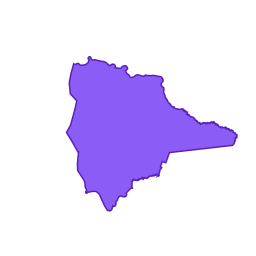 Nanton, Northern, Ghana, rotated 317°
{"feature_id": "2480657B96271436146347", "entity_name": "Nanton", "entity_type": "district", "adm_level": 2, "iso_a3": "GHA", "parent_name": "Ghana", "parent_adm1": "Northern", "projection": "albers", "projection_center": [-0.633, 9.559], "detail": "fine", "context": "isolated", "style": "filled", "palette": "violet", "viewbox_px": 256, "rotation_deg": 317, "n_neighbors": 0, "source": "geoboundaries", "source_scale": "gbopen_adm2", "svg_char_len": 5961}
<svg xmlns="http://www.w3.org/2000/svg" viewBox="0 0 256 256"><g transform="rotate(317 128 128)"><path d="M175.8,145.9L175.7,145.1L176.1,144.3L175.8,144.1L175.4,144.2L175.3,143.6L175.4,143.4L174.9,143.3L174.8,143.1L174.9,141.9L174.8,141.4L174.6,141.1L174.9,140.6L175.0,140.3L174.9,140.1L175.1,139.7L174.9,139.5L175.2,139.1L174.9,137.6L175.1,136.9L175.0,136.3L175.2,135.4L175.5,135.2L175.9,134.3L175.7,133.1L176.2,132.1L176.0,131.6L176.0,131.1L177.4,129.1L177.6,127.8L178.5,126.0L180.9,124.0L181.0,123.6L181.5,123.1L181.6,122.4L181.2,121.7L181.4,121.1L181.2,120.1L181.7,119.5L181.6,118.9L182.9,118.0L183.3,117.9L183.9,118.0L184.6,117.7L185.4,117.8L185.6,117.3L186.3,116.9L186.2,116.5L186.6,116.4L186.9,115.8L186.8,114.9L187.3,114.0L187.2,113.5L186.4,112.1L183.3,107.9L182.1,106.5L179.5,104.5L179.0,103.6L178.0,103.1L177.3,101.5L176.5,101.7L176.2,101.1L175.4,101.2L175.0,100.6L174.4,100.6L174.1,100.5L172.8,97.8L171.2,95.5L169.6,94.7L167.5,94.7L166.3,94.2L164.5,92.9L164.2,91.9L164.7,90.7L164.8,89.8L164.4,87.7L164.4,87.0L164.8,85.2L165.2,84.4L166.6,84.6L167.8,84.5L168.3,84.2L168.6,83.7L168.9,82.7L168.9,81.8L168.8,81.1L168.2,80.2L166.7,79.4L164.9,79.2L163.5,79.6L159.7,75.3L160.3,75.0L160.9,74.3L161.2,73.4L161.3,72.3L160.9,71.4L159.9,70.5L158.8,70.2L157.2,70.2L156.8,68.2L156.6,65.1L156.4,64.4L155.3,62.5L154.2,61.1L153.8,60.9L153.5,60.5L152.6,58.9L152.1,58.5L151.1,56.5L150.4,55.5L149.2,55.0L148.4,53.9L148.0,52.5L148.8,51.5L149.0,51.1L148.8,50.0L148.5,49.6L147.9,49.4L147.4,49.3L146.7,49.6L146.0,50.3L145.9,50.7L146.0,51.5L143.5,53.0L140.6,52.8L139.9,52.6L138.9,51.9L138.3,51.7L137.7,51.0L137.0,50.8L136.1,49.6L135.9,48.8L135.9,48.0L135.7,47.6L135.8,47.1L135.6,46.7L135.1,46.4L132.8,45.5L132.2,44.7L132.1,44.0L123.3,49.4L115.8,54.9L109.1,63.7L109.1,73.2L102.3,77.9L88.0,86.7L79.9,89.4L77.9,99.6L75.0,111.4L75.5,111.8L67.0,119.3L62.2,124.7L60.2,136.3L59.1,138.8L56.3,142.2L55.8,144.2L55.3,145.3L53.8,145.8L53.1,146.2L52.9,147.1L53.2,147.5L53.5,147.6L54.6,147.2L55.4,148.0L56.7,148.9L58.7,150.0L61.2,152.4L61.6,153.3L61.6,154.7L61.9,156.0L61.6,158.0L60.0,162.0L59.0,165.6L57.8,168.7L56.8,174.4L57.2,174.6L57.5,175.2L57.8,175.4L57.8,175.9L59.0,176.6L60.8,176.5L63.7,174.6L63.8,175.3L64.5,175.9L65.5,176.2L66.3,176.0L67.9,175.0L68.5,173.7L70.9,173.6L73.2,172.3L73.9,172.2L75.4,172.3L76.7,172.9L77.1,174.5L78.7,176.1L79.9,176.5L81.5,176.0L82.4,174.3L88.7,174.0L90.3,175.0L91.1,172.9L92.2,172.4L93.0,171.3L93.3,171.2L93.9,170.2L94.5,169.9L94.5,169.7L94.9,170.0L95.2,169.9L95.5,170.1L96.1,169.8L96.1,169.5L96.4,169.2L96.7,169.3L96.8,169.6L97.1,169.8L97.3,169.7L97.6,170.0L97.9,170.4L97.4,171.0L98.1,171.8L98.6,172.0L98.8,172.6L99.8,172.8L99.9,172.5L100.2,172.6L100.5,173.1L100.1,173.2L100.0,173.3L100.5,173.6L101.1,173.5L101.5,172.9L101.8,173.6L102.9,173.9L103.2,174.3L103.4,174.3L103.4,174.0L103.9,174.0L104.0,174.2L104.3,174.1L104.0,174.6L104.0,175.2L104.4,175.0L105.2,175.0L105.4,175.1L105.2,175.5L105.6,175.3L106.0,175.5L106.2,175.9L106.0,176.1L106.3,176.3L106.8,176.3L107.0,176.5L107.0,177.1L107.3,177.7L108.9,178.0L109.1,177.6L109.5,177.7L110.0,177.6L110.7,178.2L111.3,177.9L111.5,178.4L112.0,178.7L112.1,179.0L112.8,179.6L113.3,179.7L113.6,179.3L113.9,179.5L114.0,179.7L114.3,180.0L114.8,180.0L114.9,180.3L114.4,180.7L114.7,180.9L114.9,180.8L115.6,181.0L115.8,181.2L117.0,180.9L117.6,181.3L116.9,181.9L116.9,182.9L117.2,182.8L117.5,183.4L116.8,183.5L117.5,183.8L117.5,184.0L117.2,184.2L118.7,183.7L119.6,182.5L120.3,182.0L121.0,181.8L121.9,181.0L122.8,180.5L124.9,180.2L125.8,179.9L125.3,178.4L130.2,175.9L132.0,179.2L141.5,174.2L192.7,212.0L194.2,211.9L196.7,211.0L197.0,210.2L197.6,210.3L197.8,209.9L198.3,210.0L198.4,209.5L199.1,209.3L199.7,208.4L200.3,208.7L200.3,209.0L200.6,209.3L201.0,208.9L201.5,208.9L201.8,208.3L202.9,207.5L203.1,206.9L202.6,206.3L202.4,205.7L202.5,205.4L202.9,205.1L202.8,203.9L202.1,203.1L202.0,202.7L202.5,202.3L202.8,201.8L202.5,201.2L202.6,200.7L202.4,200.1L202.2,200.2L201.9,199.9L201.4,200.2L201.0,200.0L201.2,199.4L200.6,198.8L201.0,198.4L200.8,198.2L201.3,197.3L200.9,196.9L200.4,196.8L200.1,196.6L200.1,196.1L199.7,195.8L198.9,195.5L199.0,195.3L199.6,195.1L199.6,194.6L200.1,194.7L200.0,194.0L198.8,193.3L198.5,193.4L198.2,193.2L197.8,192.4L197.7,191.7L197.3,191.8L197.0,191.3L196.4,191.4L196.5,191.0L196.1,190.2L196.3,190.1L196.3,189.8L195.8,189.7L195.3,188.9L195.5,188.6L195.4,188.4L195.6,188.2L195.5,187.9L195.8,187.5L195.7,187.1L196.1,186.6L195.9,186.4L195.3,186.5L195.4,186.0L195.0,186.1L194.6,185.6L195.1,185.3L194.6,185.0L194.5,184.8L195.1,184.3L194.9,183.6L194.6,183.5L194.5,183.2L195.0,182.5L195.0,181.7L194.7,181.5L194.4,181.5L194.2,181.8L193.9,181.8L193.8,182.0L193.6,181.6L193.1,181.7L193.0,181.0L192.8,180.8L193.0,180.4L193.0,180.2L192.3,180.3L191.7,180.1L191.3,180.5L191.1,180.5L191.2,180.1L191.0,179.5L190.4,179.4L190.0,179.0L189.3,178.9L189.6,178.4L189.6,178.1L188.0,177.9L188.2,177.6L188.2,177.1L187.6,177.1L187.5,176.3L186.9,175.9L186.8,175.5L186.5,175.6L186.3,175.4L186.0,175.6L185.8,175.4L185.5,175.4L185.4,175.2L184.8,175.0L184.6,174.4L183.8,175.0L183.6,175.0L183.7,174.5L183.5,174.4L183.4,173.8L183.9,173.7L183.5,173.2L183.8,172.8L183.2,172.6L182.9,172.0L182.9,171.6L183.2,171.2L183.3,170.7L183.0,170.5L183.1,170.1L182.9,169.9L183.3,169.4L183.0,169.1L183.0,168.8L182.6,168.6L182.6,168.0L182.4,167.8L183.1,167.1L183.1,166.6L182.8,166.5L183.1,165.7L182.7,164.8L182.9,164.2L182.2,163.6L181.9,162.9L181.6,163.0L181.5,162.9L181.5,162.5L181.8,162.3L181.4,161.6L181.2,160.7L181.4,160.3L181.2,160.1L181.6,160.1L181.6,159.9L181.3,159.7L181.3,159.4L180.9,159.4L180.9,158.5L180.5,158.2L181.4,158.0L181.5,157.7L181.4,157.3L181.6,157.2L181.7,156.9L182.2,156.8L181.5,155.9L181.6,155.4L181.1,154.9L181.4,154.7L180.9,154.5L181.3,154.0L180.4,153.5L180.5,153.2L180.5,152.9L181.0,152.9L181.2,152.7L180.7,152.3L181.0,152.1L180.7,151.7L181.1,151.5L181.0,151.3L180.4,151.3L180.1,150.5L178.1,149.4L177.4,147.9L176.7,147.6L176.5,147.0L176.1,146.6L175.8,145.9Z" fill="#8b5cf6" stroke="#5b21b6" stroke-width="1.5"/></g></svg>